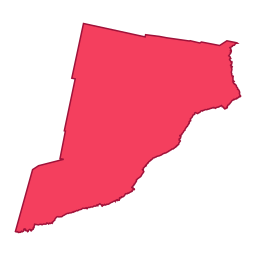 Iriondo, Santa Fe, Argentina
{"feature_id": "61730980B62800099035851", "entity_name": "Iriondo", "entity_type": "district", "adm_level": 2, "iso_a3": "ARG", "parent_name": "Argentina", "parent_adm1": "Santa Fe", "projection": "orthographic", "projection_center": [-61.163, -32.744], "detail": "fine", "context": "isolated", "style": "filled", "palette": "rose", "viewbox_px": 256, "rotation_deg": 0, "n_neighbors": 0, "source": "geoboundaries", "source_scale": "gbopen_adm2", "svg_char_len": 5867}
<svg xmlns="http://www.w3.org/2000/svg" viewBox="0 0 256 256"><path d="M236.9,42.8L226.9,40.8L219.6,45.5L201.4,42.0L199.8,43.0L190.1,40.7L189.4,41.0L166.8,37.8L159.3,36.4L145.6,34.7L145.1,36.9L83.5,23.5L71.8,78.2L75.2,78.9L64.3,130.8L65.4,131.1L60.0,158.6L63.7,159.3L38.6,165.7L32.6,169.6L15.4,231.5L15.9,231.8L16.7,231.9L17.5,231.7L18.3,232.5L18.9,232.2L19.7,232.4L20.4,232.3L21.4,231.2L21.7,231.2L21.8,231.4L21.8,231.8L22.0,231.9L23.5,231.1L24.0,230.2L24.6,229.8L24.7,229.4L24.6,229.2L24.1,229.4L23.9,229.3L24.1,229.0L24.5,228.9L25.4,229.1L25.7,229.4L25.7,230.6L25.9,230.7L27.0,230.8L27.7,231.7L28.2,231.3L28.4,230.4L28.7,230.3L29.4,229.5L30.3,229.5L30.6,230.0L30.7,230.6L31.2,230.9L31.7,230.5L31.5,229.8L31.6,229.7L32.9,229.4L33.2,229.2L33.3,228.8L33.2,228.0L34.0,227.7L34.1,227.4L33.9,226.9L34.6,225.2L34.5,224.4L34.6,224.2L38.5,224.9L39.6,224.4L41.2,224.3L42.0,224.8L43.6,224.0L45.2,224.2L46.5,223.9L46.7,223.6L46.7,223.2L46.9,223.0L47.4,223.3L48.0,223.3L48.7,224.0L49.6,223.1L50.6,223.5L51.6,222.9L52.2,223.3L52.4,223.0L52.2,222.3L52.3,222.1L53.0,221.9L54.1,220.6L54.8,220.1L54.8,219.4L55.0,219.0L56.5,217.1L57.7,216.6L58.1,216.6L58.3,216.8L58.8,216.9L61.8,216.7L62.7,216.0L63.1,215.6L64.5,215.0L65.4,214.3L66.0,214.1L67.2,213.4L68.6,213.4L69.1,213.0L71.3,212.8L72.0,212.4L72.3,212.4L73.0,211.9L73.7,212.2L74.1,211.5L75.3,211.4L76.8,210.5L77.7,210.8L78.7,210.0L81.4,209.3L82.7,208.3L85.2,208.4L86.0,207.7L86.3,207.7L86.6,208.0L86.7,208.5L87.1,208.7L87.8,207.8L88.5,207.4L89.9,207.5L90.6,207.0L92.7,207.0L93.9,206.1L95.8,206.1L96.7,205.6L97.0,205.0L97.8,205.7L98.1,204.8L98.9,204.5L99.4,203.9L99.9,203.7L101.6,205.2L101.9,206.0L102.2,206.2L102.4,206.0L102.1,205.2L102.2,204.9L102.5,204.9L103.1,205.4L104.2,204.9L104.4,204.6L104.7,205.0L105.0,205.1L105.2,204.9L105.9,204.9L106.4,204.3L107.1,204.4L107.6,204.2L108.5,204.2L110.8,202.7L111.8,202.2L112.2,202.2L113.2,201.5L114.9,200.9L115.2,201.3L115.3,200.6L115.5,200.5L116.2,200.6L116.5,200.0L117.0,199.7L117.3,199.7L117.4,200.4L117.6,200.6L118.7,200.1L119.2,200.2L119.3,199.4L119.8,198.9L119.4,198.2L119.6,197.9L120.1,198.2L120.4,197.9L121.1,197.8L121.3,197.6L121.2,197.1L121.7,196.7L122.2,197.0L122.7,197.0L124.0,196.1L124.6,195.4L125.3,194.0L125.5,193.8L126.0,193.6L127.0,193.9L127.5,193.2L128.8,193.2L129.1,192.7L132.1,191.3L132.0,190.9L132.2,190.4L133.4,189.7L134.3,189.6L134.4,189.4L134.3,188.9L134.1,188.8L133.6,189.0L133.4,188.9L133.2,188.1L132.8,188.1L132.2,187.8L131.8,187.5L131.8,187.2L132.6,186.9L132.8,186.1L133.4,185.7L134.1,184.8L134.0,184.3L134.7,184.0L135.3,182.8L135.9,182.1L136.0,181.5L136.4,181.2L136.4,179.9L137.0,179.6L137.3,179.0L140.9,176.4L141.0,176.0L141.3,175.6L142.3,173.8L142.8,173.3L143.1,172.7L143.8,171.8L143.8,171.4L143.3,170.9L143.3,170.4L142.6,169.9L142.5,169.5L143.3,169.3L143.5,167.8L144.0,167.6L145.0,166.3L145.5,166.3L145.6,165.7L146.2,165.6L146.0,165.0L146.3,164.8L147.4,163.5L147.8,163.3L147.8,162.8L148.3,162.7L148.9,161.6L150.2,160.8L150.6,160.1L151.0,160.1L151.2,159.8L151.5,159.7L151.8,159.3L152.5,158.9L152.9,158.2L153.3,157.9L154.5,157.7L155.3,157.1L156.1,157.0L156.8,156.4L159.7,155.7L160.5,155.2L161.3,155.0L162.9,153.8L164.1,153.4L164.5,153.1L165.1,153.1L166.1,152.8L167.4,152.0L168.1,151.7L168.7,151.1L169.6,150.8L170.6,149.9L171.2,149.8L172.0,149.0L173.1,149.0L173.4,148.5L174.3,148.1L175.0,147.4L175.7,147.1L175.9,146.5L176.6,146.4L176.9,145.5L177.7,145.3L178.1,144.6L178.7,144.3L178.8,144.0L178.7,143.7L179.0,142.8L180.3,141.0L180.0,140.6L179.9,140.1L179.2,140.1L179.1,139.0L180.5,138.1L180.9,136.4L180.2,136.2L179.8,135.8L179.8,135.6L180.0,135.4L180.6,135.5L181.6,134.6L181.9,134.3L181.9,133.7L183.0,132.6L184.0,130.8L184.9,130.3L185.0,129.4L185.6,128.2L186.2,127.6L186.6,126.6L187.2,126.5L187.7,125.7L187.8,125.2L188.6,124.2L188.7,123.6L189.1,123.5L189.4,122.6L189.1,122.2L189.1,121.8L190.6,120.8L190.2,120.4L190.6,119.6L190.4,119.1L190.4,118.8L191.9,117.5L193.2,114.9L193.7,114.8L194.7,114.2L194.6,113.3L194.7,113.0L195.7,112.6L196.0,112.9L197.7,113.6L198.5,112.8L198.9,112.8L200.1,112.1L200.3,111.7L201.1,110.9L201.9,110.7L202.6,111.0L203.1,110.4L203.5,110.4L204.6,110.0L205.1,109.6L206.1,109.7L207.1,109.6L207.6,109.4L207.9,109.1L208.3,109.2L208.9,109.0L209.3,109.0L209.7,108.6L210.4,108.6L211.0,108.2L211.5,108.3L211.9,108.0L212.3,108.0L212.9,107.6L213.4,107.9L213.9,107.5L214.1,107.8L214.7,107.9L215.3,108.3L215.9,107.7L216.5,107.7L216.9,107.3L218.5,107.1L218.7,106.8L219.2,106.8L219.4,106.5L220.3,106.2L221.5,105.5L221.8,105.8L222.2,106.8L222.9,106.9L223.5,107.3L223.7,107.8L223.9,108.1L224.3,108.2L224.7,108.9L225.0,108.9L225.3,108.5L226.1,108.4L226.4,107.9L227.1,107.9L227.3,107.6L227.0,106.9L227.4,106.6L227.7,105.3L228.9,104.7L229.3,103.9L229.9,103.6L230.3,102.8L230.8,102.4L231.8,100.9L232.3,100.4L233.3,100.0L233.6,99.4L233.8,99.3L234.3,99.6L234.8,99.2L235.3,99.1L236.0,98.7L236.5,98.9L236.8,98.7L236.8,98.2L237.5,98.1L238.2,97.7L239.2,96.6L239.8,96.9L240.6,96.3L240.6,95.9L239.9,95.2L239.7,94.2L239.4,93.7L239.7,92.7L239.5,92.3L239.5,91.6L238.9,90.3L238.6,89.8L237.6,89.3L237.8,88.8L237.6,88.1L237.0,87.3L236.4,86.8L236.4,85.9L236.1,85.3L235.4,84.4L234.9,84.5L234.6,84.3L234.5,83.8L233.9,83.6L233.1,82.3L233.1,82.0L234.0,81.7L234.2,81.4L232.9,80.9L233.2,80.4L232.9,79.3L233.0,78.2L232.7,77.7L233.2,76.9L233.2,76.4L232.9,76.0L232.2,76.1L231.7,74.6L231.8,73.7L231.5,73.1L231.3,72.2L231.9,69.6L231.8,68.6L231.4,67.7L231.3,67.2L232.1,67.1L232.3,66.7L231.4,65.8L230.7,65.6L230.5,65.2L231.7,64.1L232.0,62.1L231.9,61.8L231.2,62.1L231.0,61.9L230.8,61.2L229.5,59.7L229.7,59.0L230.6,58.7L230.8,58.4L230.4,57.9L230.1,57.0L229.8,56.5L228.7,55.8L230.7,53.1L230.4,52.3L231.2,52.0L231.3,51.5L231.3,50.7L230.5,50.4L230.6,50.1L231.0,49.5L231.0,49.2L229.9,47.6L230.2,47.4L230.8,47.4L231.4,46.8L232.3,46.4L232.4,45.7L232.6,45.6L234.3,45.2L234.7,44.8L235.0,44.1L235.7,43.6L235.9,43.2L237.4,43.2L236.9,42.8Z" fill="#f43f5e" stroke="#9f1239" stroke-width="1.5"/></svg>